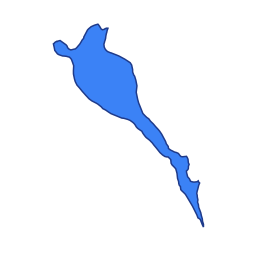 the district of Al- Badari, Asyut, Egypt, rotated 354°
{"feature_id": "37247803B32615858974663", "entity_name": "Al- Badari", "entity_type": "district", "adm_level": 2, "iso_a3": "EGY", "parent_name": "Egypt", "parent_adm1": "Asyut", "projection": "equal_earth", "projection_center": [31.445, 26.947], "detail": "fine", "context": "isolated", "style": "filled", "palette": "blue", "viewbox_px": 256, "rotation_deg": 354, "n_neighbors": 0, "source": "geoboundaries", "source_scale": "gbopen_adm2", "svg_char_len": 3087}
<svg xmlns="http://www.w3.org/2000/svg" viewBox="0 0 256 256"><g transform="rotate(354 128 128)"><path d="M118.5,26.7L118.2,26.6L117.8,26.6L117.4,26.5L117.1,26.5L116.6,26.5L116.3,26.9L115.6,26.8L114.7,27.4L114.1,27.5L113.5,27.5L112.8,27.6L111.7,26.8L111.1,25.5L110.7,24.6L110.4,23.9L109.9,23.1L109.6,22.6L109.3,22.0L108.9,21.6L107.2,21.9L105.2,22.3L102.8,23.1L101.9,23.4L100.3,24.5L99.1,25.3L97.9,26.4L93.5,33.0L93.5,33.7L92.9,34.5L91.7,35.6L91.1,36.4L90.8,36.9L90.1,37.8L89.3,38.9L88.5,39.8L87.1,41.1L86.4,41.8L86.1,42.1L85.7,42.5L84.0,43.8L82.9,43.9L79.3,44.4L78.6,44.0L77.3,43.1L76.6,42.1L76.3,41.7L76.0,40.2L75.6,39.6L75.1,38.8L69.6,33.9L67.1,34.3L66.8,34.3L66.5,34.3L66.5,34.6L65.6,34.6L64.6,35.0L63.7,35.7L63.4,36.1L62.6,36.5L63.0,39.8L63.3,43.2L65.6,46.9L67.0,47.9L70.4,49.5L72.6,49.9L74.3,50.3L77.3,51.5L78.9,53.8L79.8,57.3L80.5,60.4L79.7,65.4L79.4,68.6L79.9,73.6L80.4,76.4L81.8,80.1L83.9,83.0L86.3,86.7L89.6,91.3L92.3,94.9L94.8,97.2L98.9,99.9L100.3,100.9L103.5,104.0L105.0,106.1L107.5,107.7L110.3,110.1L112.4,111.8L112.5,111.9L118.1,114.9L122.9,117.5L124.8,117.9L128.6,119.4L130.8,120.6L133.3,122.8L134.1,123.7L134.6,124.3L135.4,125.6L136.3,127.6L136.4,127.8L137.6,129.4L139.3,130.9L141.1,132.4L141.5,132.7L141.9,134.0L142.8,135.8L144.1,138.0L144.5,138.6L145.1,139.4L147.5,141.7L148.5,142.7L149.3,143.8L150.4,145.1L152.1,147.9L154.0,150.7L157.3,155.9L159.3,158.1L159.4,158.3L161.7,160.2L163.8,160.9L164.7,160.9L166.4,162.8L167.2,163.9L167.2,165.2L167.2,167.6L168.0,169.4L169.7,171.5L170.3,172.3L171.2,173.5L171.6,175.8L172.0,178.3L172.0,180.6L172.0,183.3L172.5,185.6L172.7,186.4L172.7,187.7L172.7,188.7L173.1,190.5L174.0,191.6L174.0,193.3L174.1,194.9L174.9,196.0L176.7,198.1L178.2,200.0L180.0,203.8L183.9,212.3L184.2,213.1L187.4,221.6L188.2,224.7L189.4,225.6L190.3,226.5L191.7,231.6L192.3,233.4L192.7,234.4L193.0,231.6L192.4,228.6L192.4,226.1L191.8,222.7L191.5,219.8L190.6,216.4L190.0,214.2L190.0,211.6L189.4,209.0L189.7,207.9L190.0,206.8L189.7,203.8L189.8,202.0L189.5,200.5L190.1,198.3L191.0,196.1L192.3,192.4L193.5,190.2L192.6,189.1L192.3,187.9L191.1,188.7L190.0,188.7L189.5,188.7L188.0,188.7L186.4,188.3L184.6,187.5L184.3,186.4L183.7,184.9L182.2,182.7L181.9,180.5L181.6,178.6L181.6,176.8L182.2,176.4L182.8,176.0L183.7,174.9L184.1,172.3L185.0,170.5L184.4,169.0L184.4,167.5L184.4,165.3L183.8,163.5L183.2,162.3L182.0,162.3L180.7,162.3L179.2,162.3L177.7,161.9L176.8,160.8L175.5,158.6L173.7,157.5L171.6,156.7L170.0,155.6L168.2,154.5L167.3,153.7L166.9,153.3L166.1,152.6L166.1,150.7L165.8,150.0L164.5,147.8L163.9,145.2L162.4,141.5L160.9,137.8L159.1,134.4L157.6,132.2L155.5,129.4L155.1,128.8L153.6,126.6L151.1,123.6L149.6,121.0L147.8,119.5L146.3,117.7L144.3,115.1L142.1,107.3L141.2,104.2L140.6,100.5L139.9,93.4L141.3,87.0L140.8,81.3L140.0,77.2L139.3,76.0L138.5,72.9L138.7,70.2L138.2,65.7L137.0,63.3L132.0,59.2L126.6,55.5L124.2,54.2L120.1,52.1L119.2,51.6L118.3,51.3L115.6,49.8L114.3,48.3L113.4,46.8L112.8,44.9L112.8,42.0L113.5,40.5L113.8,39.4L114.1,39.0L115.0,36.8L115.6,34.2L116.3,32.0L116.9,30.6L117.5,28.7L118.5,26.7Z" fill="#3b82f6" stroke="#1e3a8a" stroke-width="1.5"/></g></svg>